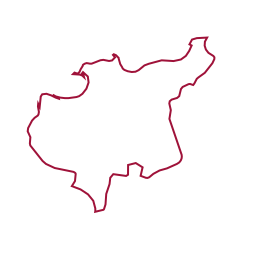 map outline of Oristrano (orthographic projection), rotated 78°
{"feature_id": "ITA-5373", "entity_name": "Oristrano", "entity_type": "Province", "adm_level": 1, "iso_a3": "ITA", "parent_name": "Italy", "parent_adm1": "", "projection": "orthographic", "projection_center": [8.647, 40.028], "detail": "fine", "context": "isolated", "style": "outline", "palette": "rose", "viewbox_px": 256, "rotation_deg": 78, "n_neighbors": 0, "source": "natural_earth", "source_scale": "10m", "svg_char_len": 1838}
<svg xmlns="http://www.w3.org/2000/svg" viewBox="0 0 256 256"><g transform="rotate(78 128 128)"><path d="M85.6,210.8L89.0,210.0L79.1,206.8L77.2,204.9L77.6,200.6L80.1,196.4L83.2,192.5L85.0,189.5L83.8,189.5L83.1,191.2L82.2,192.6L81.1,193.8L79.8,194.6L82.1,192.1L84.2,187.9L85.7,183.4L86.4,180.0L87.0,172.0L86.7,169.2L85.1,165.5L80.9,160.5L75.3,157.1L69.3,156.6L64.0,160.4L65.3,161.9L65.9,160.6L66.8,160.4L67.9,160.5L69.3,160.4L67.1,161.9L65.7,164.2L63.9,170.6L62.7,168.8L64.4,166.0L63.1,163.8L60.7,162.1L57.9,159.4L57.3,159.2L56.8,158.8L56.1,156.9L55.9,155.0L56.5,153.4L57.2,151.8L57.5,150.1L56.0,140.9L56.2,138.0L58.5,132.6L58.6,129.5L56.2,126.0L53.4,127.5L52.9,126.6L54.3,124.6L57.5,122.6L58.1,122.7L63.9,122.3L67.3,121.1L68.7,120.8L70.4,119.5L72.4,116.5L74.0,112.7L74.5,109.0L73.6,105.5L70.2,98.9L69.5,94.3L68.8,81.0L72.0,69.5L72.0,62.0L69.5,56.4L65.3,52.1L60.5,48.6L59.0,50.5L54.8,47.0L54.4,42.0L56.0,31.8L59.5,34.8L63.4,35.9L67.4,35.5L71.2,33.7L75.3,29.5L76.8,28.8L78.5,29.2L82.2,32.0L90.0,41.4L93.2,48.7L94.2,50.5L98.3,53.9L99.5,55.3L97.8,58.2L97.7,59.7L99.2,66.0L100.9,68.1L107.5,71.3L108.8,73.7L109.3,79.4L110.5,81.6L112.6,82.5L119.4,82.4L127.7,85.6L165.4,81.1L167.2,81.3L168.9,81.9L170.7,83.1L172.3,85.0L173.3,87.6L175.6,98.3L176.1,105.9L178.1,112.7L180.6,117.5L180.9,119.3L180.4,120.9L177.4,125.6L169.5,121.9L163.9,127.7L164.2,135.6L173.7,137.7L174.5,139.8L170.1,152.0L173.0,155.7L179.0,157.7L188.0,163.0L198.1,165.9L202.3,168.3L202.7,168.7L202.9,169.1L203.1,177.5L202.3,177.2L199.8,176.7L192.0,177.1L184.6,180.9L178.2,187.2L173.2,195.0L168.9,190.9L162.0,188.7L161.1,188.9L160.4,189.5L159.6,190.4L151.9,208.0L146.1,215.7L142.5,218.4L124.8,227.2L122.7,227.2L116.7,225.4L110.4,226.8L107.3,225.7L100.8,220.3L98.6,217.2L97.1,213.7L96.2,212.8L93.8,211.8L88.2,211.6L85.6,210.8Z" fill="none" stroke="#9f1239" stroke-width="2"/></g></svg>